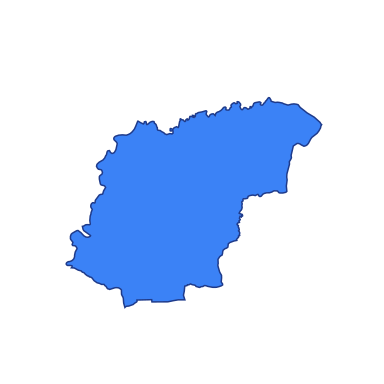 outline of Agua De Dios, Cundinamarca, Colombia, rotated 321°
{"feature_id": "7082276B68693842592572", "entity_name": "Agua De Dios", "entity_type": "district", "adm_level": 2, "iso_a3": "COL", "parent_name": "Colombia", "parent_adm1": "Cundinamarca", "projection": "mercator", "projection_center": [-74.665, 4.372], "detail": "fine", "context": "isolated", "style": "filled", "palette": "blue", "viewbox_px": 384, "rotation_deg": 321, "n_neighbors": 0, "source": "geoboundaries", "source_scale": "gbopen_adm2", "svg_char_len": 6074}
<svg xmlns="http://www.w3.org/2000/svg" viewBox="0 0 384 384"><g transform="rotate(321 192 192)"><path d="M335.2,221.2L335.0,220.4L335.3,218.4L334.1,210.8L331.2,202.9L330.6,200.1L329.3,194.4L329.4,190.9L328.4,189.5L326.7,187.7L324.5,186.3L321.3,184.9L318.6,180.8L318.4,180.0L316.3,177.4L314.9,176.0L313.3,175.0L312.7,174.4L310.6,171.3L311.2,170.2L311.5,168.2L311.5,167.5L311.1,167.0L310.2,166.9L307.4,167.7L306.3,167.7L304.8,168.4L303.5,168.2L302.7,168.7L301.5,168.8L300.4,168.0L300.3,167.4L300.3,166.8L300.6,166.5L301.7,166.1L301.6,165.2L301.0,164.3L297.1,162.2L295.6,162.1L293.6,163.4L293.2,163.5L292.7,163.3L291.4,163.8L291.2,163.8L291.2,162.6L291.0,162.3L290.6,162.4L289.7,163.4L287.8,163.0L287.5,162.8L287.1,160.9L286.3,159.7L285.6,159.3L284.9,159.3L283.2,159.8L282.6,159.4L282.4,159.0L282.3,157.9L283.0,155.7L284.5,155.1L285.1,154.2L285.1,151.8L284.9,151.2L284.2,150.4L283.8,150.3L283.0,151.5L282.8,151.6L281.5,150.8L281.2,149.6L280.8,149.1L279.5,148.8L278.0,148.8L276.9,149.1L276.1,150.7L274.7,150.6L273.7,151.2L272.2,151.5L270.8,150.4L270.2,149.5L270.3,149.0L271.4,148.1L271.5,147.6L271.3,146.9L270.3,146.3L268.9,146.3L267.4,146.7L265.8,146.8L263.5,146.5L262.0,145.9L260.9,145.8L259.8,146.0L258.1,147.1L257.9,144.8L256.7,143.9L255.1,143.4L254.2,143.5L252.8,144.2L252.1,144.1L251.9,143.8L251.8,140.8L252.5,139.9L254.2,138.7L254.2,138.0L253.7,137.5L250.1,136.0L247.0,134.3L246.2,134.1L245.2,134.2L244.5,133.6L243.8,133.6L242.2,135.3L241.8,135.4L241.6,135.0L241.5,133.7L240.6,132.7L240.3,133.0L240.8,134.7L240.8,135.1L240.5,135.3L240.1,134.8L239.5,133.5L238.7,132.5L237.9,132.0L235.7,133.5L235.0,133.6L234.1,133.5L234.4,132.8L234.3,132.1L232.8,132.0L231.8,132.8L230.9,132.8L230.6,132.4L230.5,130.5L229.5,129.4L229.3,128.2L229.0,127.8L228.5,128.0L227.9,129.0L226.6,129.5L222.5,133.0L221.8,133.2L221.6,133.0L221.2,131.6L218.6,130.8L216.7,131.2L216.2,130.6L215.5,129.3L215.0,129.1L213.8,130.2L213.6,130.9L214.2,131.5L215.6,132.1L215.7,132.6L214.3,134.3L213.0,134.3L211.6,132.7L208.5,131.5L207.5,129.7L207.4,128.2L206.3,125.7L206.1,124.4L204.4,122.5L204.4,121.7L205.6,120.1L205.6,119.2L206.4,117.5L206.5,116.2L206.1,114.8L206.7,113.9L206.7,113.2L205.5,112.1L203.5,111.4L200.1,111.5L199.4,111.2L199.4,110.6L200.4,108.8L200.4,108.1L199.2,107.5L197.7,108.5L197.0,108.5L195.6,105.6L194.7,103.0L194.4,102.8L189.6,105.5L186.7,106.9L183.4,107.6L180.8,107.7L178.6,107.2L176.7,106.5L173.9,103.8L170.8,101.7L167.6,100.5L166.4,100.5L165.4,100.8L164.8,101.3L164.3,102.3L164.7,105.9L164.3,107.4L159.7,111.1L157.7,112.0L156.3,112.4L155.1,112.2L154.1,111.7L153.5,110.0L153.9,108.3L153.8,107.7L152.2,107.0L151.1,107.5L149.0,109.2L147.5,109.6L145.7,110.6L143.0,111.1L138.6,110.4L136.1,110.6L135.1,111.0L133.9,112.0L133.5,114.0L133.6,115.4L135.3,117.4L135.5,118.2L135.3,119.0L134.6,120.6L133.4,121.4L130.5,121.4L129.6,121.8L128.1,123.7L125.9,128.0L125.8,129.1L126.3,130.0L127.7,131.8L127.9,132.7L127.7,134.1L124.0,135.5L121.4,137.3L120.8,137.2L119.3,136.3L117.9,136.0L111.7,137.6L109.9,139.3L109.2,139.1L108.6,138.2L108.0,137.8L106.6,137.8L106.0,138.1L105.2,138.5L104.2,139.6L103.8,140.4L103.5,142.8L100.7,144.4L99.6,145.5L97.8,146.6L94.7,149.8L92.8,152.9L92.3,153.1L91.8,153.0L89.9,151.3L88.5,150.5L86.4,150.3L85.2,149.7L83.8,152.6L83.6,154.1L85.7,161.7L85.7,162.1L85.3,162.3L84.5,162.3L82.8,161.8L81.2,160.2L80.4,158.0L80.1,153.7L79.2,150.2L78.3,149.6L76.9,149.3L73.0,148.7L71.5,148.8L69.7,149.9L68.2,151.7L67.9,152.4L67.8,156.1L65.7,157.5L65.6,158.5L67.2,160.2L67.5,160.8L67.4,162.7L67.0,163.7L63.6,165.1L61.0,167.2L60.1,168.3L58.3,169.5L56.4,169.8L55.1,169.7L53.2,169.1L52.4,168.5L51.2,168.1L50.0,168.1L49.3,168.4L48.8,169.0L48.7,169.8L49.1,170.8L51.0,172.3L52.0,173.4L52.3,174.1L51.6,174.8L50.6,175.0L52.7,177.0L54.4,181.1L56.2,183.6L56.3,185.2L57.3,186.8L57.4,188.9L58.0,191.4L58.8,192.4L58.8,193.4L59.8,194.5L60.2,195.7L60.1,199.3L61.1,202.8L62.6,204.8L63.5,206.8L65.5,208.5L65.4,210.1L65.8,211.2L65.5,213.2L65.7,214.5L66.4,215.2L66.7,215.9L71.8,217.9L72.9,218.6L74.6,220.2L75.4,222.3L75.5,223.7L72.9,227.1L72.5,228.3L72.2,230.1L71.7,231.4L69.0,235.3L67.2,239.5L68.2,239.4L69.2,239.6L71.2,240.9L75.5,242.4L77.2,242.3L79.8,242.6L80.4,242.4L81.2,241.3L92.9,250.3L91.7,252.2L103.3,261.5L104.2,262.2L108.9,264.6L113.4,267.1L118.6,271.3L120.2,267.2L121.0,266.3L123.6,264.2L127.1,260.6L129.3,261.6L130.1,261.2L131.0,262.1L133.0,262.5L133.8,264.1L135.5,266.1L135.8,266.9L135.7,267.9L137.7,270.8L138.2,271.1L139.3,271.2L141.0,272.3L142.7,272.5L143.9,273.6L144.8,275.2L148.1,279.1L151.0,281.4L153.6,282.6L155.9,283.4L157.3,283.5L157.9,282.7L158.1,280.3L161.0,277.3L162.5,275.3L163.1,271.7L165.2,266.7L166.1,265.0L167.3,264.1L169.8,260.7L172.8,259.7L174.5,259.7L175.5,260.0L176.8,259.2L178.4,257.6L179.7,256.8L181.8,256.8L183.7,257.4L185.2,257.4L187.6,255.1L189.6,255.1L193.8,256.5L196.3,257.8L196.4,257.2L196.9,256.9L199.9,256.3L200.4,255.5L201.7,255.8L202.2,254.7L202.8,254.4L203.5,253.6L203.8,252.4L203.7,251.5L204.8,251.3L205.4,250.5L205.4,249.7L205.9,249.2L205.9,248.2L207.0,247.2L206.5,246.3L206.8,245.3L208.2,244.9L209.7,245.5L210.2,244.1L210.5,244.0L211.0,244.2L212.2,243.7L212.3,242.3L213.9,241.2L214.6,242.5L215.5,241.6L215.8,241.9L215.9,242.4L216.3,242.4L216.7,241.8L216.9,241.0L215.5,238.8L215.3,238.1L217.8,237.1L218.7,237.1L219.9,236.6L221.2,235.6L222.3,233.8L223.5,232.9L224.3,231.2L224.8,230.9L226.1,231.0L227.0,229.7L227.9,229.7L228.7,230.5L230.9,231.7L231.7,231.6L232.8,230.7L234.5,231.1L236.8,232.3L237.6,232.9L238.9,234.6L240.6,234.9L241.7,235.3L241.8,236.0L241.5,237.0L241.8,238.1L242.3,238.5L243.3,238.8L245.6,238.3L247.3,238.6L249.5,239.6L251.8,241.4L254.1,242.3L255.8,242.5L256.6,242.8L258.9,244.8L259.1,245.3L259.1,247.1L259.7,248.1L261.9,249.9L264.3,251.1L265.1,251.3L266.1,251.2L269.1,246.7L273.5,242.5L275.0,240.0L277.1,237.7L285.3,231.7L286.7,229.7L289.0,228.9L290.8,228.0L292.1,225.9L299.7,220.0L304.2,220.4L305.4,221.4L306.2,222.8L306.6,224.3L307.3,225.6L307.5,226.5L308.4,227.2L310.0,227.7L311.3,227.8L313.2,227.4L317.9,225.4L319.7,225.0L326.1,225.1L329.0,224.4L332.2,223.1L333.6,221.9L335.2,221.2Z" fill="#3b82f6" stroke="#1e3a8a" stroke-width="1.5"/></g></svg>